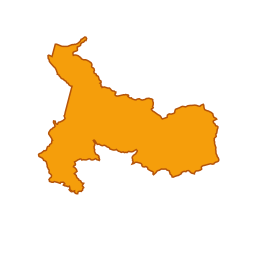 outline of Itapeva, São Paulo, Brazil, rotated 105°
{"feature_id": "56859067B49589279755893", "entity_name": "Itapeva", "entity_type": "district", "adm_level": 2, "iso_a3": "BRA", "parent_name": "Brazil", "parent_adm1": "São Paulo", "projection": "equal_earth", "projection_center": [-48.855, -23.896], "detail": "fine", "context": "isolated", "style": "filled", "palette": "amber", "viewbox_px": 256, "rotation_deg": 105, "n_neighbors": 0, "source": "geoboundaries", "source_scale": "gbopen_adm2", "svg_char_len": 5872}
<svg xmlns="http://www.w3.org/2000/svg" viewBox="0 0 256 256"><g transform="rotate(105 128 128)"><path d="M149.9,47.2L148.7,46.2L148.0,46.5L147.3,46.9L146.6,47.0L145.7,46.5L144.9,45.7L144.6,44.9L141.2,39.1L141.1,37.2L140.5,35.8L139.6,35.6L138.4,34.5L137.4,32.9L136.5,32.1L135.4,32.0L134.5,32.4L133.5,33.1L132.4,34.5L131.5,34.9L129.8,36.4L127.3,37.2L126.0,37.8L124.2,38.0L120.9,40.2L120.0,40.6L119.2,40.6L117.7,41.6L116.8,41.6L116.0,42.0L115.1,41.7L113.4,40.6L111.1,41.6L110.0,41.0L106.4,41.4L104.9,41.2L103.6,41.4L103.1,42.3L103.1,43.9L101.6,45.1L100.9,46.6L99.8,47.4L98.9,47.3L96.5,44.6L95.9,45.4L95.5,47.7L93.7,49.2L92.5,49.6L91.5,51.4L90.8,54.7L90.8,56.3L90.5,58.4L90.0,59.0L88.4,60.0L86.2,60.8L85.6,61.5L87.2,63.4L88.5,64.2L88.6,65.6L88.4,67.7L88.6,69.4L89.7,72.3L90.1,73.8L91.0,75.9L92.7,77.8L92.8,79.6L93.0,81.0L93.6,81.9L95.3,83.7L95.9,84.7L96.6,85.3L97.0,86.2L97.8,87.0L99.7,87.1L101.1,86.9L102.0,87.6L103.4,89.8L103.7,91.8L104.4,92.6L105.4,93.3L107.6,93.0L110.4,97.2L109.8,98.1L108.8,99.0L107.8,100.4L107.3,102.6L105.6,107.0L105.3,108.4L104.0,110.3L103.2,110.2L102.7,109.3L101.8,108.9L101.0,109.8L99.1,109.7L97.1,110.1L95.3,111.3L94.3,111.4L93.8,112.6L94.0,114.0L93.8,115.4L94.9,118.1L95.8,118.6L97.4,121.6L97.2,123.5L96.8,124.7L97.7,126.6L98.8,127.6L99.0,129.2L98.7,131.7L98.0,132.5L98.5,133.8L97.6,136.2L96.4,135.9L96.0,136.7L96.3,137.6L96.2,138.8L96.8,139.7L97.0,140.8L99.6,145.7L100.1,147.1L99.8,148.7L98.5,149.4L97.7,148.9L96.4,149.0L96.4,150.2L95.9,151.0L96.2,152.0L96.0,153.5L94.5,155.6L94.2,156.5L94.7,157.7L94.6,158.7L94.5,161.6L95.6,163.6L94.6,164.0L94.5,165.0L92.5,165.5L92.0,166.7L91.0,165.8L90.0,166.1L89.4,166.6L89.2,167.8L88.6,168.4L85.9,170.0L85.5,171.1L85.5,172.1L84.7,172.3L84.1,172.8L83.8,174.7L82.4,175.7L81.4,175.3L79.6,176.1L79.0,177.0L78.9,178.1L78.3,178.9L77.4,179.2L76.5,179.1L75.4,179.7L74.5,180.6L73.6,183.1L73.1,185.4L73.1,186.9L73.6,188.5L73.3,190.8L72.2,192.0L71.1,194.9L71.0,196.5L71.2,198.2L72.0,199.6L70.3,200.5L69.4,200.6L68.8,200.3L67.6,198.9L67.2,198.1L66.2,197.0L65.1,197.2L63.8,197.8L62.7,197.9L62.3,197.0L60.6,195.3L59.9,195.2L58.9,195.5L57.1,194.2L56.6,193.2L55.8,192.7L54.7,192.4L54.4,191.2L52.3,191.1L51.2,192.2L51.3,193.3L54.0,195.4L54.4,196.2L56.8,196.7L59.6,198.7L60.9,200.5L61.0,201.4L61.5,202.1L61.9,203.5L63.9,206.3L64.5,206.9L64.9,207.8L65.8,211.2L66.2,213.0L65.5,218.6L65.9,219.9L78.7,219.9L78.2,222.4L78.2,223.5L78.8,224.0L81.6,223.0L82.3,221.9L84.0,221.2L85.3,219.6L88.1,215.4L88.5,214.3L89.6,213.2L90.3,212.5L92.4,211.1L93.2,210.3L94.3,210.3L94.6,208.5L95.4,208.0L95.9,207.0L97.0,205.8L97.4,205.0L97.7,202.8L98.5,201.9L98.7,200.5L99.2,199.6L100.1,199.0L100.4,197.2L101.4,196.5L102.0,195.3L102.3,193.9L102.2,192.9L128.9,192.7L131.9,192.5L132.8,192.9L134.9,191.3L135.8,191.5L137.6,192.7L139.8,195.2L140.1,196.2L140.9,196.8L142.6,197.1L142.7,198.1L142.1,199.0L141.4,199.6L140.3,200.0L140.4,201.7L141.6,201.6L142.6,200.9L143.5,199.9L145.4,198.9L146.4,199.4L146.9,200.3L148.6,201.2L149.5,202.3L152.5,203.3L153.4,203.3L154.3,203.0L157.8,199.1L158.8,198.5L159.4,197.7L160.1,198.3L162.5,197.9L164.3,199.3L165.3,199.3L166.0,199.5L166.5,200.5L167.1,201.0L170.5,201.1L171.5,202.3L171.6,203.3L172.3,203.6L173.5,204.6L174.3,205.0L175.9,207.2L177.0,207.5L178.5,206.6L179.3,203.0L180.0,201.9L181.1,201.1L181.0,200.1L181.8,198.2L185.1,196.3L185.8,196.2L186.6,195.8L187.4,194.9L188.3,194.3L188.9,193.4L189.8,193.0L190.9,193.0L191.9,192.5L192.3,191.4L193.2,189.9L193.9,189.5L195.4,189.4L196.7,190.5L198.4,191.0L199.0,190.3L199.9,190.0L200.1,187.5L199.8,186.2L198.8,185.3L198.8,182.0L199.0,179.2L197.9,179.0L197.1,176.5L197.5,175.5L198.3,174.6L199.1,175.6L199.9,175.7L200.2,173.9L200.0,172.7L200.2,170.7L199.4,169.5L201.4,168.5L202.1,168.4L202.8,168.9L203.4,168.1L204.0,166.8L203.0,167.1L203.8,164.7L203.1,164.2L202.6,163.4L203.6,163.3L204.7,162.0L204.8,160.8L204.5,159.6L203.0,159.7L202.3,159.5L201.6,158.3L201.3,156.6L200.4,156.4L199.9,155.8L198.1,156.0L197.1,155.3L196.5,155.9L195.9,157.0L194.9,157.2L192.9,156.5L193.0,158.1L192.6,159.0L191.6,159.7L191.2,160.5L191.1,161.9L190.2,162.4L189.6,163.9L188.5,165.1L187.2,165.7L186.0,168.1L185.3,167.7L184.8,167.0L183.8,166.7L183.1,166.0L181.3,167.2L180.0,169.2L179.6,170.7L178.1,170.3L177.4,169.3L176.4,169.4L175.4,170.3L174.6,170.9L173.9,170.0L171.6,168.0L171.1,167.1L170.5,166.6L170.1,165.5L170.9,164.4L170.1,162.8L169.9,161.3L169.5,159.9L167.8,157.6L167.8,156.3L168.3,155.5L168.1,154.2L167.5,153.0L166.0,151.3L166.8,149.5L166.5,148.7L166.8,147.4L166.0,147.2L165.3,147.8L164.5,147.9L163.9,148.9L163.0,148.7L162.4,149.3L161.8,150.9L161.8,151.9L161.1,152.8L159.5,154.2L158.7,154.5L157.6,154.5L156.7,155.3L154.6,156.0L153.4,155.7L152.7,155.9L151.6,155.6L149.1,158.3L148.4,157.7L148.7,156.8L151.8,153.5L151.1,151.6L151.7,149.7L151.8,148.3L150.8,146.5L150.9,145.2L151.7,143.1L151.7,141.8L152.0,140.8L152.9,140.1L153.1,137.3L153.0,136.0L152.5,134.6L151.7,133.7L152.3,132.7L152.9,131.1L152.9,129.6L153.3,128.2L152.3,126.5L152.7,125.1L152.0,123.7L152.0,122.6L150.5,121.5L150.2,118.7L149.6,117.3L146.7,114.5L147.6,113.1L148.5,113.0L149.3,113.6L150.7,113.7L152.3,115.1L153.5,115.9L155.0,116.4L155.7,116.3L157.3,115.3L158.3,115.2L159.0,114.4L159.9,114.3L161.7,114.7L160.6,113.0L159.6,112.4L159.1,111.6L158.8,110.5L158.8,106.8L159.1,105.9L159.8,105.1L160.8,104.8L161.5,103.9L161.5,102.8L161.2,101.6L160.6,100.9L160.8,99.7L161.4,98.7L162.5,98.2L162.9,97.3L163.4,95.3L163.8,92.6L164.7,92.0L166.0,92.0L166.5,91.2L163.9,89.5L162.1,88.8L161.3,88.0L160.7,86.8L159.9,86.1L158.9,85.0L158.7,83.6L157.8,80.7L158.5,79.7L158.7,77.0L159.6,76.6L160.6,75.8L161.4,75.6L162.5,73.5L163.9,72.7L163.7,71.5L162.5,70.0L161.2,68.0L160.9,67.2L158.8,65.1L158.2,64.6L157.5,64.9L156.6,64.2L155.8,63.3L155.3,62.3L155.2,60.7L154.1,60.1L153.5,58.7L153.8,57.3L154.6,56.3L155.1,54.9L155.1,52.0L154.1,52.2L152.1,51.3L151.6,50.6L151.4,49.6L150.9,48.6L149.9,47.2Z" fill="#f59e0b" stroke="#b45309" stroke-width="1.5"/></g></svg>